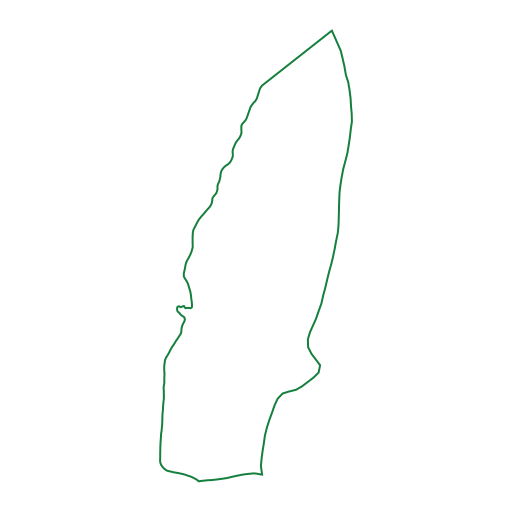 Ayn, Shabwah, Yemen
{"feature_id": "15242507B91008874349012", "entity_name": "Ayn", "entity_type": "district", "adm_level": 2, "iso_a3": "YEM", "parent_name": "Yemen", "parent_adm1": "Shabwah", "projection": "robinson", "projection_center": [45.555, 14.95], "detail": "fine", "context": "isolated", "style": "outline", "palette": "green", "viewbox_px": 512, "rotation_deg": 0, "n_neighbors": 0, "source": "geoboundaries", "source_scale": "gbopen_adm2", "svg_char_len": 3698}
<svg xmlns="http://www.w3.org/2000/svg" viewBox="0 0 512 512"><path d="M262.1,474.6L262.0,473.7L260.9,466.1L261.6,458.5L262.6,450.9L263.8,443.5L264.9,435.7L266.8,427.9L269.5,419.5L272.1,412.5L274.5,405.5L277.6,398.8L282.6,393.5L289.0,391.5L296.0,389.8L302.2,386.2L308.0,381.8L313.6,377.5L318.6,372.6L320.1,365.2L315.8,359.5L311.4,353.7L308.1,347.1L307.9,339.3L310.0,332.2L313.0,325.5L316.0,318.8L318.7,311.0L321.4,303.5L323.1,295.8L325.2,288.1L327.2,279.5L329.0,272.2L330.4,267.1L331.1,264.8L333.0,256.9L334.6,249.3L336.0,241.5L337.8,232.9L338.5,225.4L338.8,216.8L339.0,207.9L339.2,199.8L339.6,191.6L340.6,183.9L341.8,176.6L343.2,169.2L345.4,160.9L347.4,153.1L348.7,145.2L349.8,137.7L350.8,129.2L351.9,121.6L351.7,113.6L351.0,106.2L350.6,98.4L349.5,89.9L348.2,82.1L345.9,75.0L344.4,66.3L343.0,60.2L342.7,58.8L340.8,50.9L334.3,36.1L331.9,30.7L330.6,31.6L294.4,60.1L262.0,85.6L260.0,88.5L258.6,92.9L256.7,98.8L256.1,99.7L255.2,101.3L253.5,102.8L250.7,106.7L247.3,116.4L246.5,118.5L245.4,120.4L244.0,122.0L242.5,123.6L241.4,125.6L241.3,128.2L241.4,130.4L241.5,132.6L240.9,134.8L239.9,137.1L238.7,138.9L237.1,140.7L235.9,142.5L234.8,144.7L234.0,146.8L233.0,149.1L232.6,151.5L232.8,154.0L232.8,156.4L232.0,158.6L231.1,160.6L229.7,162.8L228.0,164.3L226.2,165.4L224.6,166.7L223.1,168.3L221.7,170.3L220.9,172.4L220.5,174.8L220.3,177.2L219.8,179.4L219.2,181.6L218.1,183.8L217.5,185.6L217.5,189.2L216.9,191.6L216.2,193.3L214.8,195.0L213.4,196.6L212.4,198.4L212.2,200.8L211.8,203.0L210.9,205.0L209.8,206.9L208.1,208.7L206.4,210.6L205.0,212.3L203.4,214.2L201.8,215.9L200.2,217.9L198.7,219.8L197.6,221.8L196.5,223.8L195.4,226.0L194.3,228.1L193.3,230.2L192.9,232.5L192.7,234.7L192.7,235.2L192.6,237.6L192.6,239.9L192.6,242.4L192.7,244.9L192.7,247.4L192.1,249.5L191.4,252.0L190.5,254.1L189.3,256.7L188.2,258.6L187.0,260.7L186.1,262.8L185.5,265.1L185.1,267.5L184.7,269.7L184.1,271.8L183.8,274.1L183.8,276.3L184.8,278.3L186.1,280.3L187.2,282.2L188.1,284.2L188.7,286.3L189.4,288.6L190.1,290.8L190.6,293.2L191.0,295.6L191.2,298.0L191.5,300.2L191.8,302.5L192.0,304.9L191.9,307.2L190.6,308.2L188.7,308.0L187.7,307.9L187.3,307.8L185.7,308.2L185.3,307.9L184.8,307.5L184.6,307.2L184.0,306.1L183.0,306.2L181.7,306.8L180.6,307.2L179.5,306.4L178.9,306.4L178.2,306.5L177.5,306.9L177.1,308.2L177.1,309.8L177.5,311.2L177.8,311.6L179.6,313.2L180.9,314.9L182.6,316.1L184.4,317.4L184.9,319.7L184.2,321.7L183.1,323.7L182.1,326.0L181.6,328.2L181.4,330.4L181.2,332.7L180.2,334.7L178.9,336.6L177.6,338.6L176.3,340.4L175.1,342.4L173.9,344.3L173.6,344.8L172.5,346.3L171.4,348.1L170.3,350.0L169.2,352.4L168.0,354.5L166.9,356.3L165.8,358.1L165.0,360.2L164.7,362.4L164.4,364.5L164.2,367.0L164.2,369.2L164.3,371.4L164.5,373.6L164.4,376.1L164.3,378.4L164.3,380.7L164.3,383.3L163.8,385.8L163.6,388.1L163.8,390.6L163.8,393.5L163.9,396.4L163.8,399.3L163.5,401.8L163.2,404.9L163.0,407.9L162.9,410.4L162.6,413.0L162.4,415.5L162.4,418.0L162.3,421.0L162.2,423.2L162.1,425.4L161.8,428.3L161.6,430.6L161.2,433.0L161.0,435.4L160.9,437.6L160.7,440.0L160.7,440.4L160.5,442.9L160.4,445.5L160.3,447.7L160.3,450.1L160.2,452.5L160.2,454.9L160.2,457.5L160.1,460.0L160.2,462.2L160.9,464.3L161.1,464.7L162.2,466.4L163.7,468.2L165.4,469.7L167.1,470.7L169.5,471.3L171.4,471.7L173.6,472.3L175.6,472.6L177.9,473.0L179.9,473.4L182.0,473.9L184.2,474.4L186.1,475.0L188.2,475.8L190.3,476.4L192.3,477.3L194.3,478.3L196.2,479.3L198.0,480.6L198.6,481.3L202.3,480.8L205.4,480.5L208.3,480.2L211.1,480.1L214.2,479.8L217.5,479.4L221.2,478.9L225.2,478.3L225.5,478.3L228.1,477.8L231.1,477.0L234.4,476.3L237.5,475.6L239.9,475.2L240.9,474.9L244.1,474.4L247.4,474.0L250.4,473.7L253.5,473.4L256.4,473.6L259.4,474.2L262.1,474.6Z" fill="none" stroke="#15803d" stroke-width="2"/></svg>